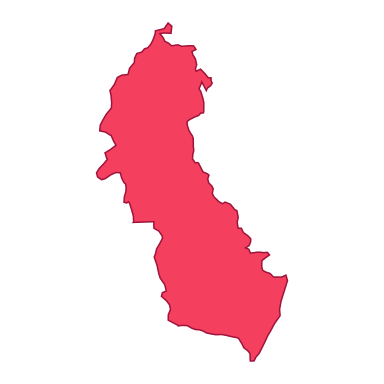 Ypsonas, Limassol, Cyprus
{"feature_id": "46923920B16741076695964", "entity_name": "Ypsonas", "entity_type": "district", "adm_level": 2, "iso_a3": "CYP", "parent_name": "Cyprus", "parent_adm1": "Limassol", "projection": "natural_earth1", "projection_center": [32.951, 34.707], "detail": "fine", "context": "isolated", "style": "filled", "palette": "rose", "viewbox_px": 384, "rotation_deg": 0, "n_neighbors": 0, "source": "geoboundaries", "source_scale": "gbopen_adm2", "svg_char_len": 2652}
<svg xmlns="http://www.w3.org/2000/svg" viewBox="0 0 384 384"><path d="M109.9,90.5L111.0,95.1L111.7,103.2L111.3,108.1L106.3,114.2L102.9,120.0L100.3,125.0L99.7,130.9L105.2,132.0L111.3,135.8L113.6,141.1L116.0,145.3L109.9,149.9L105.0,152.8L106.6,158.0L107.5,159.1L103.7,163.8L99.3,168.4L96.5,172.9L97.6,177.0L101.5,179.7L105.2,178.7L108.3,176.5L111.2,174.6L115.8,172.6L120.2,172.7L121.7,178.1L123.9,182.5L125.6,184.1L126.1,187.3L125.9,191.5L124.3,197.1L124.0,202.3L126.7,203.0L128.3,201.8L129.6,203.3L131.6,209.7L133.4,216.3L133.6,222.0L133.3,222.4L153.8,221.7L153.9,228.2L159.0,231.2L162.3,236.2L162.4,238.4L159.5,244.0L156.6,249.0L155.4,254.0L154.2,257.1L157.0,265.1L158.7,273.2L160.2,278.1L164.7,284.6L166.3,291.0L162.4,292.6L161.4,296.3L166.7,301.0L169.5,304.8L170.5,309.4L168.3,314.7L168.2,320.2L174.2,323.3L177.9,325.3L178.2,325.9L182.2,325.4L187.2,325.6L192.2,328.4L195.5,329.5L199.3,329.8L203.1,331.0L206.2,332.8L210.4,333.8L215.7,334.7L221.4,334.5L225.5,335.2L231.8,336.7L236.8,337.6L238.6,338.4L242.2,344.3L243.8,347.7L247.9,350.9L250.0,353.5L250.1,357.6L250.3,361.0L254.1,360.9L255.8,357.3L259.4,353.0L264.4,342.9L267.8,335.6L270.9,330.4L274.5,323.6L274.9,323.0L280.1,315.7L280.0,314.4L279.6,309.2L280.0,307.0L281.0,301.4L287.5,280.6L285.9,275.1L281.8,277.0L281.5,277.1L273.5,277.0L270.0,273.4L265.6,272.0L262.7,270.3L261.7,266.6L261.9,260.7L265.5,257.8L269.5,255.0L267.5,252.4L263.7,252.6L258.4,252.1L250.4,253.1L248.8,249.2L245.5,247.9L249.2,245.5L250.6,241.9L250.7,238.7L247.8,235.7L243.3,232.5L241.4,228.3L238.1,228.2L237.2,222.2L238.2,217.3L236.9,210.6L234.7,209.6L230.5,204.3L225.1,202.1L222.6,203.7L219.0,201.8L213.9,196.8L212.3,193.4L213.2,188.6L211.8,186.0L208.7,182.8L207.7,178.8L209.0,175.2L207.6,173.9L203.0,171.9L198.6,163.2L197.8,162.6L195.2,162.8L192.5,158.8L192.9,154.1L193.8,150.4L193.3,146.1L193.3,141.3L193.2,138.3L192.4,135.9L190.4,133.0L188.8,130.0L187.3,125.3L187.1,121.5L189.6,119.6L194.8,116.9L198.5,115.6L200.8,113.1L203.5,112.9L203.8,110.4L203.8,106.7L203.8,102.6L202.9,98.3L202.2,96.2L201.6,94.1L200.6,91.1L199.0,88.8L201.0,84.4L201.8,81.9L206.3,90.6L207.3,88.2L210.6,85.7L212.2,83.1L211.0,80.5L211.1,77.8L208.3,77.8L204.7,73.4L200.5,69.1L196.1,71.3L195.4,68.8L196.7,64.6L195.3,58.6L193.0,55.0L191.9,51.5L196.0,49.5L193.6,45.9L189.8,45.7L181.7,46.3L177.9,44.8L171.6,45.8L168.8,43.3L164.9,41.3L163.2,37.8L159.9,33.6L164.2,33.0L171.0,33.3L171.8,26.2L168.1,23.0L164.1,28.7L155.4,30.8L155.1,34.2L152.8,40.3L150.9,44.1L147.8,47.8L144.5,48.8L141.8,52.1L136.8,53.5L134.6,58.3L134.3,62.6L129.6,68.2L128.0,74.5L121.6,75.2L117.4,77.4L114.5,84.2L110.8,89.5L109.9,90.5Z" fill="#f43f5e" stroke="#9f1239" stroke-width="1.5"/></svg>